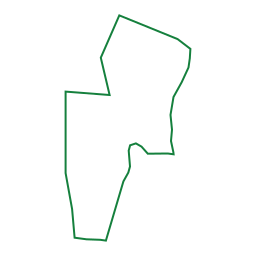 General Santos, Natural Earth projection
{"feature_id": "PHL-5529", "entity_name": "General Santos", "entity_type": "Highly Urbanized City", "adm_level": 1, "iso_a3": "PHL", "parent_name": "Philippines", "parent_adm1": "", "projection": "natural_earth1", "projection_center": [125.172, 6.137], "detail": "fine", "context": "isolated", "style": "outline", "palette": "green", "viewbox_px": 256, "rotation_deg": 0, "n_neighbors": 0, "source": "natural_earth", "source_scale": "10m", "svg_char_len": 484}
<svg xmlns="http://www.w3.org/2000/svg" viewBox="0 0 256 256"><path d="M173.6,154.3L167.8,153.5L147.8,153.7L141.5,146.6L135.9,143.4L130.1,145.3L128.7,150.6L130.0,166.5L128.3,172.6L123.4,181.4L105.9,240.6L100.3,239.8L86.5,239.3L74.6,237.7L72.1,209.1L65.6,173.1L65.6,91.6L109.6,95.0L100.8,57.7L119.3,15.4L177.6,39.1L190.4,48.9L189.8,58.4L188.5,67.5L181.7,82.2L173.5,97.0L170.5,114.9L172.0,129.7L171.0,141.0L173.4,152.4L173.6,154.3Z" fill="none" stroke="#15803d" stroke-width="2"/></svg>